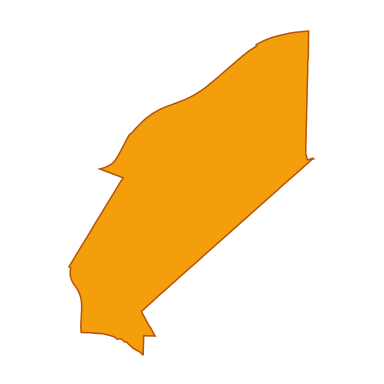 Vincent, Western Australia, Australia, rotated 92°
{"feature_id": "25037944B82328591625586", "entity_name": "Vincent", "entity_type": "district", "adm_level": 2, "iso_a3": "AUS", "parent_name": "Australia", "parent_adm1": "Western Australia", "projection": "natural_earth1", "projection_center": [115.863, -31.931], "detail": "fine", "context": "isolated", "style": "filled", "palette": "amber", "viewbox_px": 384, "rotation_deg": 92, "n_neighbors": 0, "source": "geoboundaries", "source_scale": "gbopen_adm2", "svg_char_len": 4500}
<svg xmlns="http://www.w3.org/2000/svg" viewBox="0 0 384 384"><g transform="rotate(92 192 192)"><path d="M322.2,233.2L320.1,234.3L319.4,234.8L313.6,238.1L312.8,237.9L308.5,233.6L305.4,230.4L299.7,224.6L296.0,220.9L295.7,220.6L293.4,218.1L292.8,217.4L291.9,216.4L290.2,214.7L289.8,214.2L287.7,211.9L285.2,209.5L284.3,208.6L284.1,208.3L282.5,206.6L282.0,206.1L278.2,202.2L274.1,197.9L269.9,193.5L262.7,185.8L256.4,179.3L254.3,177.2L248.8,171.4L244.3,166.7L239.8,161.9L235.5,157.4L235.2,157.1L234.6,156.4L230.0,151.6L225.8,147.2L221.9,143.2L216.4,137.3L213.5,134.3L213.4,134.2L207.1,127.6L206.0,126.5L200.8,121.0L200.3,120.4L197.8,117.9L192.9,112.7L186.8,106.3L185.4,104.9L183.5,103.0L183.1,102.6L174.2,93.2L173.8,92.7L166.2,84.6L165.8,84.2L165.4,83.8L159.7,77.8L154.9,72.9L154.6,71.6L154.0,72.4L155.9,77.7L151.7,79.1L150.5,79.5L148.5,79.7L145.5,79.8L139.8,79.9L134.3,79.9L130.0,80.0L128.5,80.0L128.3,80.0L123.1,80.1L117.6,80.1L115.4,80.1L111.5,80.2L105.5,80.3L100.7,80.3L98.8,80.3L88.3,80.4L83.5,80.5L68.4,80.6L62.8,80.7L62.4,80.7L61.4,80.7L58.0,80.8L55.9,80.7L54.8,80.6L54.5,80.6L54.0,80.5L53.8,80.5L50.9,80.5L49.2,80.5L47.9,80.5L47.3,80.7L47.1,80.7L40.1,80.7L38.7,80.9L36.6,80.9L30.9,81.0L27.1,81.0L27.8,87.3L27.9,87.9L28.4,91.2L28.6,93.1L28.8,94.4L29.1,96.1L29.4,97.8L29.8,99.5L30.1,101.1L30.4,102.2L30.8,103.6L31.2,105.0L32.4,109.3L32.9,111.4L33.5,113.2L34.0,115.0L34.9,117.7L36.1,120.6L37.1,122.9L38.5,125.9L39.8,128.3L41.0,130.3L42.2,132.5L42.6,133.1L44.0,132.6L45.4,134.8L48.8,139.7L50.4,141.6L50.7,142.0L53.3,145.1L56.1,148.2L59.6,152.0L65.9,158.9L66.5,159.6L70.3,163.6L76.5,170.1L88.1,183.3L91.0,187.3L93.7,191.3L95.6,194.3L96.5,195.8L98.2,198.9L99.7,201.8L101.0,204.7L103.7,211.2L105.1,214.5L106.9,218.9L108.2,222.1L108.4,222.5L109.0,223.7L109.1,224.0L109.3,224.4L110.7,227.2L113.1,231.2L114.7,233.7L118.1,238.2L119.8,240.3L121.9,242.5L124.1,244.7L131.4,251.4L134.2,253.4L136.9,256.6L138.2,257.2L142.2,259.4L148.2,262.1L151.7,263.8L156.3,266.1L158.7,267.3L161.3,268.8L164.3,270.8L166.3,272.7L168.3,275.6L169.7,278.1L170.7,280.3L171.5,282.6L172.2,285.0L173.6,280.9L176.2,273.3L178.1,267.6L180.2,261.3L183.8,263.5L186.1,264.8L192.6,268.4L192.8,268.5L196.7,270.7L199.0,272.0L201.8,273.6L205.5,275.7L215.5,281.3L218.6,283.0L223.6,285.9L228.8,288.8L233.9,291.6L239.0,294.4L243.8,297.1L250.3,300.8L252.6,302.1L256.3,304.1L260.1,306.3L263.8,308.3L271.0,312.4L271.9,310.6L273.8,310.8L274.9,310.9L276.2,310.9L277.6,310.9L279.3,310.8L280.6,310.5L281.8,310.2L282.9,309.8L284.6,309.1L285.9,308.4L287.3,307.6L288.7,306.6L291.8,304.2L293.5,303.1L295.3,302.0L297.9,300.8L300.2,299.9L302.5,299.3L304.1,298.9L306.8,298.5L309.4,298.3L311.8,298.2L314.5,298.2L318.3,298.3L321.7,298.3L324.4,298.4L329.6,298.4L336.1,297.9L336.3,296.6L336.3,296.3L336.3,296.0L336.3,295.7L336.3,294.7L336.3,294.2L336.3,293.6L336.2,293.3L336.3,291.8L336.2,291.5L336.2,291.1L336.2,290.8L336.2,290.6L336.2,290.2L336.2,289.9L336.2,289.6L336.2,289.2L336.2,288.9L336.2,288.6L336.3,288.4L336.3,288.1L336.4,287.4L336.4,287.1L336.4,286.4L336.4,286.1L336.4,285.8L336.4,285.6L336.4,285.3L336.4,285.0L336.5,284.7L336.6,283.6L336.5,283.3L336.5,282.7L336.6,282.2L336.6,281.9L336.6,281.3L336.7,281.1L336.7,280.6L336.6,280.2L336.7,279.9L336.7,278.3L336.7,276.6L336.8,276.3L337.2,274.3L337.3,273.7L337.4,272.9L337.5,272.7L337.5,272.4L337.7,271.9L337.7,271.4L337.8,271.1L337.9,270.9L338.3,269.2L338.6,267.7L338.8,267.2L339.1,265.7L339.2,265.4L339.5,264.8L339.6,264.3L339.8,264.1L339.8,263.8L340.0,263.6L340.2,263.4L340.5,263.1L340.8,262.9L341.2,262.6L341.3,262.4L341.5,262.2L341.6,261.8L341.6,261.5L341.6,260.9L341.4,260.4L341.3,259.6L341.3,259.2L341.3,258.9L341.4,258.1L341.5,257.8L341.5,257.6L341.6,257.3L341.7,257.1L341.8,256.9L342.5,255.9L342.7,255.7L342.9,255.6L343.4,255.1L343.6,254.9L344.1,254.3L344.1,254.0L344.1,253.7L344.0,253.2L344.0,252.7L344.2,252.1L344.3,252.0L345.5,251.0L346.1,250.3L346.2,250.1L346.3,249.9L346.5,249.8L346.7,249.6L346.9,249.4L347.1,249.2L347.8,248.4L347.9,248.2L348.1,248.0L348.2,247.8L348.3,247.6L348.5,247.3L348.6,247.1L348.8,246.9L349.0,246.7L349.5,246.3L350.5,245.2L350.7,244.7L351.0,244.0L351.0,243.7L351.3,243.0L351.5,242.9L351.8,242.4L352.0,242.1L352.1,241.9L352.5,241.1L352.7,240.6L353.1,240.0L353.9,238.2L354.3,237.5L354.5,237.3L354.8,237.2L355.0,237.0L356.6,235.4L356.7,235.2L356.9,235.1L353.0,235.1L350.3,235.2L345.2,235.2L337.4,235.2L337.3,231.9L337.3,231.1L337.2,223.8L336.9,224.0L334.9,225.3L329.2,228.6L326.4,230.7L323.7,232.3L322.2,233.2Z" fill="#f59e0b" stroke="#b45309" stroke-width="1.5"/></g></svg>